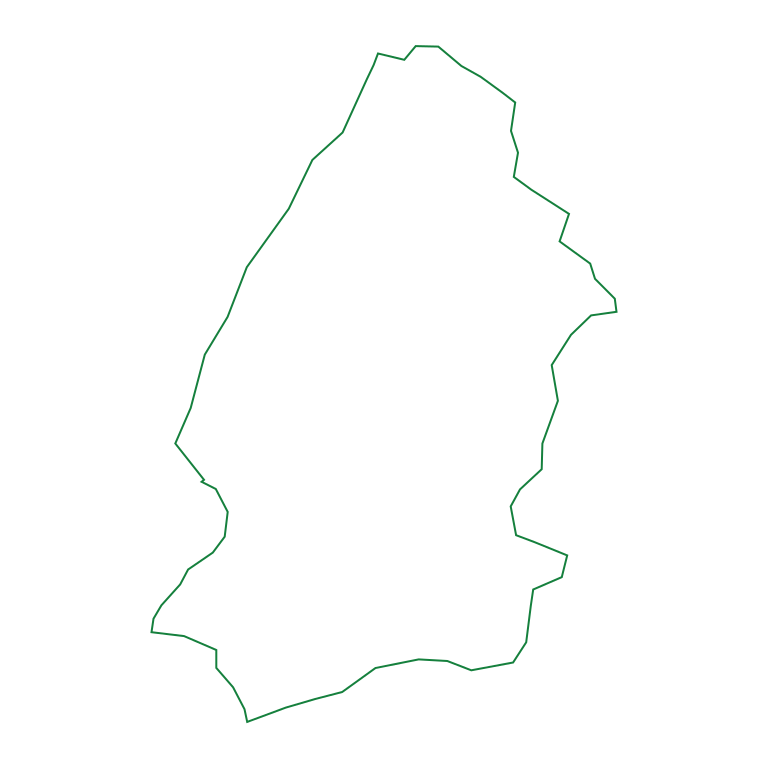 Choletria, Paphos, Cyprus
{"feature_id": "46923920B91587907409429", "entity_name": "Choletria", "entity_type": "district", "adm_level": 2, "iso_a3": "CYP", "parent_name": "Cyprus", "parent_adm1": "Paphos", "projection": "mercator", "projection_center": [32.592, 34.769], "detail": "fine", "context": "isolated", "style": "outline", "palette": "green", "viewbox_px": 768, "rotation_deg": 0, "n_neighbors": 0, "source": "geoboundaries", "source_scale": "gbopen_adm2", "svg_char_len": 958}
<svg xmlns="http://www.w3.org/2000/svg" viewBox="0 0 768 768"><path d="M201.6,481.8L215.8,489.0L227.7,511.9L224.7,536.7L212.8,552.6L188.1,569.5L180.2,584.4L161.4,605.3L153.5,618.7L151.5,632.2L184.1,636.1L216.3,650.0L216.3,667.9L233.1,687.3L244.5,709.2L247.2,721.9L285.8,707.6L315.2,699.0L342.2,692.0L375.5,668.0L418.7,659.4L447.3,661.0L471.3,670.3L513.1,662.5L526.2,642.3L530.8,605.8L533.2,589.5L561.8,577.1L562.5,574.2L567.2,555.4L534.7,542.2L516.1,535.2L510.7,506.4L520.0,489.4L541.7,469.2L542.4,443.5L557.9,400.8L551.7,365.1L571.0,334.8L591.1,315.4L616.5,311.8L614.8,298.7L595.0,278.8L590.2,263.6L559.6,241.4L569.0,213.9L531.3,189.7L513.8,176.9L518.0,152.7L511.0,130.9L515.2,102.5L502.9,93.0L480.8,76.9L461.4,66.0L438.3,46.6L415.7,46.1L404.3,59.8L378.0,53.5L373.6,65.1L366.9,79.1L342.6,132.5L312.4,159.9L288.8,208.7L246.8,267.2L227.6,316.9L204.8,354.6L190.7,408.0L175.3,443.5L204.0,479.8L201.6,481.8Z" fill="none" stroke="#15803d" stroke-width="2"/></svg>